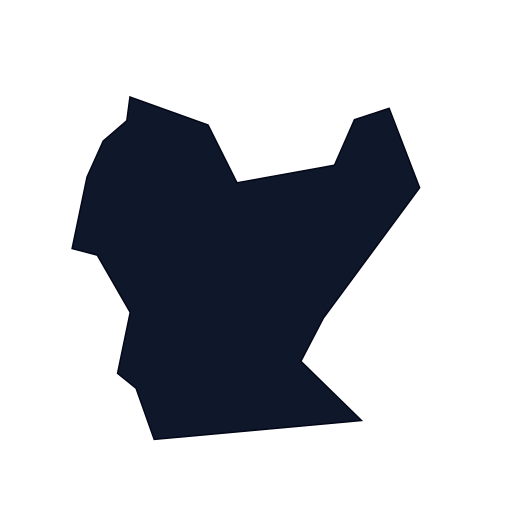 SVG path tracing the border of Solihull, rotated 75°
{"feature_id": "GBR-5695", "entity_name": "Solihull", "entity_type": "Metropolitan Borough", "adm_level": 1, "iso_a3": "GBR", "parent_name": "United Kingdom", "parent_adm1": "", "projection": "robinson", "projection_center": [-1.737, 52.417], "detail": "fine", "context": "isolated", "style": "filled", "palette": "ink", "viewbox_px": 512, "rotation_deg": 75, "n_neighbors": 0, "source": "natural_earth", "source_scale": "10m", "svg_char_len": 406}
<svg xmlns="http://www.w3.org/2000/svg" viewBox="0 0 512 512"><g transform="rotate(75 256 256)"><path d="M442.2,196.7L406.8,401.8L352.7,406.1L333.5,420.1L277.9,392.1L214.1,409.1L201.2,431.7L136.0,398.8L105.4,373.8L91.9,345.8L69.8,336.6L117.1,268.4L180.4,255.4L188.6,156.7L149.8,125.6L147.8,89.2L232.4,80.3L333.4,207.0L369.3,239.9L442.2,196.7Z" fill="#0f172a" stroke="#020617" stroke-width="1.5"/></g></svg>